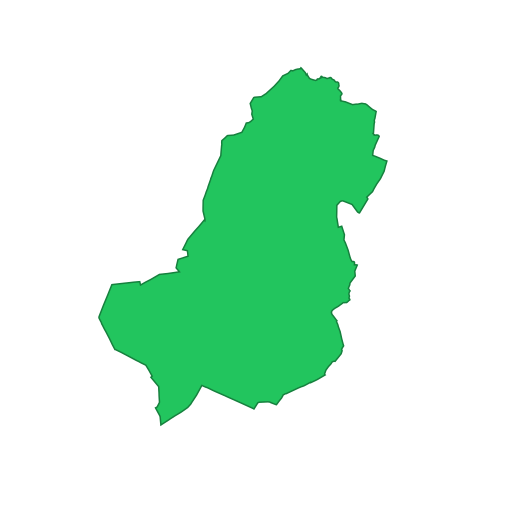 Dricānu pag., Rezeknes, Latvia (orthographic projection), rotated 295°
{"feature_id": "27541924B14059531944666", "entity_name": "Dricānu pag.", "entity_type": "district", "adm_level": 2, "iso_a3": "LVA", "parent_name": "Latvia", "parent_adm1": "Rezeknes", "projection": "orthographic", "projection_center": [27.228, 56.664], "detail": "fine", "context": "isolated", "style": "filled", "palette": "green", "viewbox_px": 512, "rotation_deg": 295, "n_neighbors": 0, "source": "geoboundaries", "source_scale": "gbopen_adm2", "svg_char_len": 5985}
<svg xmlns="http://www.w3.org/2000/svg" viewBox="0 0 512 512"><g transform="rotate(295 256 256)"><path d="M391.8,186.3L388.0,189.3L386.6,190.7L386.2,191.0L385.5,191.5L384.9,191.6L382.7,192.3L378.9,195.7L377.8,195.2L375.8,194.4L373.9,193.2L372.4,191.0L368.9,191.2L366.8,191.2L362.1,190.9L356.1,184.6L353.2,179.4L352.5,179.0L352.3,178.8L350.7,178.3L346.1,176.3L344.5,176.9L342.2,178.1L341.5,178.2L335.2,180.5L332.1,181.7L315.8,181.5L314.6,181.6L309.7,182.2L307.0,182.3L306.5,182.5L298.4,183.3L297.0,183.6L293.2,183.8L289.8,184.2L284.2,184.6L278.1,187.3L274.4,189.0L274.0,189.3L268.3,193.8L267.6,194.3L266.4,194.7L266.7,193.9L258.0,191.6L257.1,191.3L252.9,190.0L248.0,188.7L242.9,187.3L240.9,187.1L238.0,187.1L230.8,186.9L231.8,191.6L227.1,194.5L220.0,186.8L214.6,187.9L212.1,188.5L211.5,188.6L209.3,193.3L202.9,183.6L198.5,176.3L189.9,170.3L185.8,167.1L181.0,163.7L180.9,163.6L183.6,161.5L180.8,156.6L178.7,153.2L176.7,149.9L176.3,149.2L175.8,148.4L169.7,138.4L169.1,137.5L158.5,138.1L146.8,138.6L134.7,139.4L134.0,139.6L133.4,140.0L132.5,141.1L130.3,144.0L129.2,144.9L129.1,145.2L128.7,145.7L125.4,149.9L124.0,151.9L119.0,158.4L115.7,162.4L115.1,163.1L111.7,167.6L111.8,167.7L111.7,174.6L110.8,191.9L110.8,194.2L110.6,197.0L110.5,202.3L107.0,207.5L103.2,212.7L101.7,212.0L96.5,223.0L90.9,226.0L88.3,227.3L85.5,228.8L83.1,230.1L82.3,230.4L77.4,230.2L75.9,229.1L70.8,236.0L69.9,237.0L62.7,241.2L71.3,246.6L72.2,247.1L76.8,250.0L82.7,254.0L89.8,258.1L94.0,259.4L96.6,259.7L104.7,260.9L114.1,261.5L115.8,261.6L115.9,265.9L116.1,267.4L116.1,269.0L116.0,273.2L116.0,276.0L116.2,284.0L116.3,292.4L116.5,305.4L116.6,317.9L116.5,318.8L123.8,319.7L124.9,320.8L128.7,328.1L129.4,329.9L129.5,331.8L129.4,331.8L129.8,337.3L130.0,337.4L133.6,338.1L138.2,339.2L141.8,339.4L142.3,339.9L143.5,340.8L144.0,341.4L144.2,341.8L144.3,341.8L154.5,350.3L156.7,352.3L157.4,353.1L158.6,354.3L160.3,355.6L164.6,358.8L164.3,359.1L168.5,362.6L170.3,364.0L177.4,368.9L177.6,368.3L177.7,368.2L177.9,368.1L178.8,367.9L182.1,367.6L183.8,367.9L186.4,368.4L188.0,368.9L189.1,369.3L189.5,369.3L189.8,369.5L192.1,369.8L192.7,370.2L193.2,370.7L193.6,371.4L194.0,371.9L194.0,372.2L203.4,374.5L206.5,374.1L207.7,373.0L208.1,373.0L210.3,373.2L211.6,373.4L212.9,372.2L217.1,368.7L223.0,364.2L226.5,360.7L228.5,359.0L230.4,356.8L230.5,356.7L231.7,356.6L231.8,356.0L232.2,355.3L234.2,351.6L235.1,349.7L236.3,348.4L236.5,348.5L236.9,348.2L237.3,348.0L237.5,348.0L239.0,348.1L240.7,348.9L242.3,349.8L244.1,351.1L245.3,351.9L245.8,352.2L246.8,352.7L248.2,353.5L249.1,354.0L250.5,354.7L250.9,355.3L251.0,355.8L251.3,356.2L251.8,357.3L252.1,357.8L252.5,358.0L252.8,358.2L253.4,358.4L254.0,358.7L254.7,358.9L255.2,359.2L255.9,359.6L256.4,359.3L256.6,359.0L256.8,358.5L257.0,358.2L257.4,358.0L257.7,357.9L259.0,357.7L259.6,357.3L260.0,356.9L260.4,356.5L261.3,356.1L261.5,356.0L262.9,355.8L264.1,356.0L264.2,355.7L265.6,353.4L268.2,353.2L269.4,353.2L269.8,353.1L270.5,352.7L271.7,352.7L279.8,354.4L283.9,352.0L284.0,351.9L290.6,351.6L290.6,351.2L290.0,349.8L289.6,348.9L291.2,348.3L291.7,348.0L292.0,347.8L292.2,347.4L292.2,346.9L292.1,346.6L292.1,346.4L291.8,345.9L291.5,345.5L292.3,344.2L293.3,343.0L295.0,341.4L300.2,337.0L305.6,331.5L307.7,328.9L312.6,327.2L319.2,321.1L316.8,318.5L323.3,314.1L323.8,313.8L324.4,313.3L325.4,312.6L330.4,310.4L332.6,309.4L335.1,308.3L336.0,307.8L341.0,309.3L342.0,310.3L342.6,311.2L342.7,311.7L342.8,313.2L343.1,317.6L343.3,321.3L340.7,326.0L338.8,329.5L338.6,331.3L338.7,331.5L338.8,331.6L355.0,333.3L355.2,333.1L355.9,331.9L356.1,331.5L360.7,333.3L363.5,334.4L366.9,334.5L372.4,335.0L378.7,336.1L386.9,336.3L392.1,335.3L397.4,334.5L397.0,331.6L397.0,329.5L397.0,327.1L396.8,323.1L396.8,322.7L396.5,319.2L401.2,317.6L404.8,317.6L406.8,317.2L407.6,317.2L416.4,317.1L416.5,316.9L416.9,316.5L416.8,316.3L416.9,316.0L416.9,315.7L417.1,315.6L417.1,315.2L416.8,314.7L416.7,314.4L416.6,314.0L416.4,313.9L416.2,313.8L416.2,313.7L416.2,313.4L416.0,313.1L415.8,312.8L415.8,312.6L415.6,312.4L415.6,312.2L415.8,312.0L415.7,311.8L415.9,311.7L416.0,311.4L416.3,310.9L416.3,310.7L416.4,310.4L416.5,310.4L416.6,310.2L417.3,310.4L426.0,307.1L427.3,306.9L429.1,305.8L431.0,305.6L437.8,303.8L437.9,303.0L438.0,300.0L438.2,298.8L439.0,295.7L439.9,292.7L440.0,291.9L440.1,290.9L439.6,289.3L439.1,287.4L437.8,285.6L436.7,284.2L435.9,282.5L434.0,279.6L433.5,271.9L432.4,267.0L432.5,266.9L432.7,267.0L433.1,267.1L433.3,267.0L433.5,266.4L433.8,266.3L434.1,266.3L434.5,266.1L434.9,265.9L435.6,265.5L436.7,265.0L437.1,264.9L437.9,265.2L438.7,265.4L439.4,265.3L439.7,265.1L440.1,264.5L440.4,264.0L441.4,261.9L441.7,260.9L442.0,260.0L442.3,259.4L442.9,259.2L444.4,259.5L445.6,259.2L446.6,258.4L447.4,258.0L447.8,257.6L448.0,257.2L448.1,256.3L448.0,256.0L447.7,255.5L447.5,255.1L447.5,254.5L447.7,253.6L447.9,253.3L448.3,253.0L448.4,252.6L448.5,251.9L448.4,250.3L448.5,250.1L448.9,249.6L449.0,249.3L448.9,249.3L448.9,249.2L449.3,248.6L449.3,248.3L449.2,248.0L449.1,247.8L449.0,247.6L448.7,247.4L448.3,247.2L448.1,246.8L447.2,245.8L446.9,245.4L446.8,245.1L446.9,244.0L446.9,243.5L446.5,241.9L446.2,241.3L446.1,240.9L446.2,240.4L446.4,240.1L446.6,239.6L446.5,239.4L446.3,239.1L446.0,239.0L445.7,239.1L445.2,239.4L444.9,239.6L444.7,239.5L444.5,239.4L444.3,238.9L444.1,238.6L443.9,238.5L443.6,238.5L443.3,238.4L442.7,237.5L442.7,237.4L442.6,237.1L442.3,236.8L442.1,236.8L441.8,236.7L441.3,236.8L440.3,235.9L439.9,233.8L439.8,233.0L439.7,232.5L439.6,231.6L439.5,231.0L439.5,230.2L439.7,229.2L440.1,228.5L440.7,227.6L441.0,227.1L441.5,226.4L442.1,225.6L442.4,225.4L441.3,225.1L443.0,223.2L445.5,217.5L445.5,217.3L445.3,217.4L444.7,217.3L444.1,216.5L443.6,215.8L443.3,215.2L443.1,214.9L441.6,213.0L441.3,212.7L440.8,212.4L440.4,212.0L440.0,211.7L439.7,211.3L439.3,211.0L439.2,210.8L439.2,210.3L438.9,209.2L437.7,208.8L436.5,208.4L435.4,208.0L435.0,207.8L430.5,204.1L424.4,202.9L417.4,200.7L409.1,197.2L407.3,196.5L406.8,196.1L402.6,193.5L399.3,187.7L398.6,187.0L391.8,186.3Z" fill="#22c55e" stroke="#15803d" stroke-width="1.5"/></g></svg>